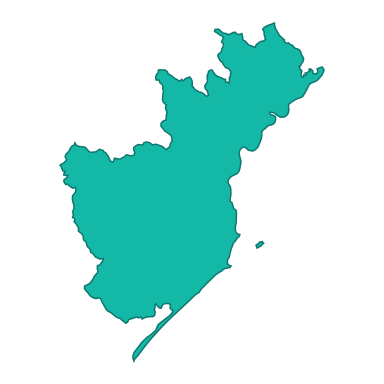 Cananéia, São Paulo, Brazil
{"feature_id": "56859067B70757280308936", "entity_name": "Cananéia", "entity_type": "district", "adm_level": 2, "iso_a3": "BRA", "parent_name": "Brazil", "parent_adm1": "São Paulo", "projection": "robinson", "projection_center": [-47.991, -25.035], "detail": "fine", "context": "isolated", "style": "filled", "palette": "teal", "viewbox_px": 384, "rotation_deg": 0, "n_neighbors": 0, "source": "geoboundaries", "source_scale": "gbopen_adm2", "svg_char_len": 5868}
<svg xmlns="http://www.w3.org/2000/svg" viewBox="0 0 384 384"><path d="M60.0,165.2L61.3,166.6L61.9,168.7L62.9,170.9L65.2,171.3L64.2,172.6L63.8,175.0L67.8,175.5L66.3,178.1L63.9,179.9L64.0,182.2L65.7,184.5L67.4,184.2L69.3,185.7L70.6,186.9L73.1,188.3L75.5,187.4L76.1,189.6L74.8,193.2L72.5,195.8L72.4,199.0L72.7,201.2L73.9,205.2L74.0,208.3L72.7,211.8L73.4,215.0L72.5,217.5L74.0,218.0L75.0,219.7L74.1,221.7L76.4,224.3L78.6,228.1L78.3,230.9L80.0,232.5L81.4,233.4L83.3,236.2L83.3,238.8L84.0,240.5L86.0,241.7L86.9,245.3L87.8,247.1L90.1,249.2L90.6,252.1L92.7,253.5L95.6,257.1L97.5,257.9L99.4,259.0L101.5,258.9L103.3,258.6L102.6,261.2L101.3,262.7L99.9,264.8L97.4,265.7L97.3,268.9L98.1,271.2L97.2,273.1L95.6,274.7L94.3,276.4L93.0,279.1L90.1,283.1L88.6,284.1L84.6,286.0L84.4,288.5L85.8,290.5L87.7,292.5L89.8,295.4L91.1,296.5L93.7,298.0L96.4,298.6L98.6,297.8L100.6,298.6L101.7,301.3L106.2,309.5L107.9,311.1L110.8,312.6L115.7,316.6L117.8,317.8L120.4,318.5L121.9,320.2L124.5,322.0L125.7,323.2L127.6,322.2L128.4,320.1L129.8,319.1L133.2,318.3L134.9,317.5L136.7,317.0L138.4,317.8L141.0,317.0L142.1,319.0L145.5,317.3L148.4,316.8L150.5,316.6L152.3,316.8L154.6,315.6L155.2,311.8L154.3,309.6L155.1,307.7L154.9,305.6L155.8,303.8L157.2,305.7L159.3,307.9L161.2,308.3L162.6,304.8L164.0,303.8L167.1,303.5L168.9,303.7L170.6,304.7L170.0,307.9L171.1,309.5L172.9,310.6L172.4,312.3L170.9,314.3L169.3,315.9L158.6,324.2L157.5,325.9L155.7,330.4L151.2,334.4L147.0,337.4L141.8,342.3L139.6,345.2L137.8,347.7L134.7,351.6L133.9,353.1L133.1,355.3L132.8,357.7L133.9,361.0L134.7,359.1L137.6,355.9L141.2,351.3L143.9,347.6L149.0,341.2L153.3,336.2L160.8,328.0L167.1,321.5L178.4,310.8L189.7,300.3L193.9,296.1L196.8,293.7L198.6,292.9L199.8,291.3L200.6,289.8L201.7,288.6L206.4,283.8L215.4,275.0L219.4,272.2L221.5,271.1L223.2,269.4L225.5,268.4L230.0,267.5L231.0,265.9L229.5,265.5L227.8,264.4L227.4,261.9L227.7,259.2L228.9,258.0L230.8,250.3L231.5,248.1L232.5,245.8L233.3,243.3L235.9,240.3L237.3,237.9L239.1,236.6L239.9,234.6L237.8,233.9L236.4,233.0L235.5,231.2L235.3,228.2L235.6,225.2L236.1,223.1L236.3,220.7L236.4,211.7L235.8,209.8L233.8,208.9L232.0,202.7L230.1,201.2L230.1,199.1L230.9,194.9L230.8,189.3L230.3,186.5L229.0,184.4L228.0,182.6L228.2,180.2L229.4,178.3L231.1,176.6L233.2,175.4L237.1,173.6L238.8,171.5L239.7,169.1L241.0,162.2L240.5,159.3L239.7,156.3L239.1,153.3L239.8,150.4L241.0,148.6L242.7,147.4L244.4,147.0L245.9,147.9L247.2,149.2L248.6,150.3L252.3,151.0L254.0,150.6L255.4,149.6L258.0,147.0L260.0,142.2L261.4,138.2L261.8,135.8L261.7,131.9L263.6,129.6L265.2,128.5L268.7,125.3L271.2,124.9L273.1,124.2L274.8,122.4L275.7,119.5L275.4,116.5L273.1,115.3L270.3,114.5L269.9,112.4L272.1,112.3L273.6,112.7L275.3,113.8L276.7,115.0L280.2,117.1L283.0,117.2L284.8,116.7L286.6,115.4L287.8,113.9L288.5,112.3L288.9,109.2L288.4,106.3L289.0,104.0L291.3,102.2L295.6,99.5L298.6,98.2L300.8,97.6L302.9,96.2L305.6,91.7L307.4,88.3L309.2,84.6L310.9,83.2L315.2,81.5L317.4,80.3L320.8,76.5L322.0,74.9L323.4,72.1L324.0,69.8L322.2,67.0L320.0,67.6L317.1,68.9L318.0,71.6L316.7,73.6L315.2,74.0L312.8,73.3L312.8,70.9L310.7,68.9L309.0,69.3L310.0,71.1L308.4,71.5L307.0,73.2L305.3,72.9L305.8,75.3L303.9,74.8L303.5,76.8L301.8,76.9L301.0,74.5L301.9,70.9L299.9,68.7L299.2,66.5L300.6,65.8L301.4,63.8L302.7,62.1L303.7,59.1L303.1,57.3L301.3,54.4L300.9,52.5L299.9,50.3L297.7,49.0L295.2,48.4L294.0,47.2L292.3,45.2L290.3,44.6L288.4,42.8L286.5,43.3L284.5,41.7L284.4,39.8L282.8,38.6L281.1,36.8L279.5,35.6L276.7,30.6L275.7,29.1L274.7,25.9L274.4,23.0L270.5,24.6L268.3,25.2L265.3,26.8L263.9,27.8L262.7,29.3L264.0,31.4L264.2,34.9L265.5,39.1L264.0,40.8L261.0,41.4L259.4,42.2L257.7,43.5L256.0,45.0L255.3,47.5L250.8,45.6L248.7,45.1L245.3,41.1L243.7,40.8L242.8,39.1L242.6,36.6L241.8,33.6L239.7,34.4L237.2,34.3L235.1,32.2L232.6,32.6L230.5,34.0L228.4,34.6L226.5,33.7L222.7,32.9L218.8,29.3L215.2,29.3L214.5,31.5L216.4,32.5L218.0,33.5L219.4,34.8L222.3,36.1L223.4,37.4L221.6,42.0L223.5,44.0L223.3,46.2L221.9,48.8L221.4,51.3L220.1,52.9L218.4,54.1L217.8,55.9L219.2,58.9L220.5,61.2L222.3,62.3L223.3,64.5L225.6,67.6L228.4,68.6L229.6,69.8L230.8,72.2L230.3,76.1L229.3,78.1L229.5,80.1L229.0,83.1L227.1,82.1L225.4,81.9L225.6,79.5L223.2,78.9L221.1,77.8L218.0,76.6L216.4,75.7L214.9,74.4L212.0,69.9L210.5,70.1L208.6,71.2L207.9,74.0L207.1,75.9L207.5,81.4L206.1,83.9L204.7,85.9L205.4,88.7L206.7,90.1L207.9,92.8L208.5,95.4L206.1,96.3L204.3,94.2L201.5,92.4L199.4,92.1L195.1,89.6L193.4,87.3L192.1,86.0L192.3,83.6L192.1,81.0L191.1,78.7L189.7,77.0L187.0,77.9L185.2,78.9L183.2,80.9L181.5,79.4L180.3,80.8L178.4,80.9L177.3,79.6L175.0,78.6L170.7,75.2L168.3,74.0L167.0,71.3L164.6,69.9L162.1,70.0L160.1,69.8L158.5,69.9L158.2,72.4L156.3,74.9L155.6,77.5L156.1,80.0L159.1,80.1L159.9,82.8L162.2,84.6L162.9,86.3L162.6,88.3L163.5,91.7L162.9,93.5L162.9,97.1L162.4,99.3L163.2,102.2L166.5,105.3L165.5,107.1L165.7,109.1L167.1,112.1L166.5,114.3L166.2,116.8L166.1,120.1L164.6,120.4L163.1,121.0L161.0,123.4L161.0,126.3L162.3,127.7L164.6,130.8L168.8,133.7L171.1,135.5L172.0,138.5L172.0,141.5L170.6,143.1L170.1,145.4L169.2,147.2L167.6,148.3L166.4,149.9L162.3,146.4L155.9,144.2L152.4,144.8L149.9,142.8L147.2,142.0L145.5,142.2L144.0,142.6L142.9,144.8L140.3,144.9L138.4,144.5L136.5,145.4L135.1,146.4L133.7,147.6L133.6,149.8L134.7,152.0L134.5,154.3L133.2,155.4L130.2,155.9L128.5,155.2L126.4,154.8L124.2,156.9L122.1,157.8L120.4,159.1L118.1,159.0L116.3,158.5L114.5,158.2L113.7,160.9L112.7,162.2L110.1,160.7L109.0,157.8L107.5,155.2L105.6,152.7L104.0,151.8L103.1,150.4L101.3,150.0L99.7,149.3L98.0,150.3L96.2,151.8L92.6,152.2L90.5,152.2L89.0,151.6L86.0,148.1L84.8,147.1L78.7,146.4L76.3,145.2L74.9,142.8L73.9,145.2L71.8,146.2L70.5,148.0L69.4,150.3L67.8,152.5L65.8,154.6L65.1,156.7L66.6,159.3L65.6,161.1L63.9,162.8L61.5,164.2L60.0,165.2ZM259.0,246.9L260.9,246.1L262.3,244.3L263.7,243.3L262.2,241.5L259.8,242.1L258.2,243.7L256.0,245.2L257.1,248.1L259.0,246.9Z" fill="#14b8a6" stroke="#0f766e" stroke-width="1.5"/></svg>